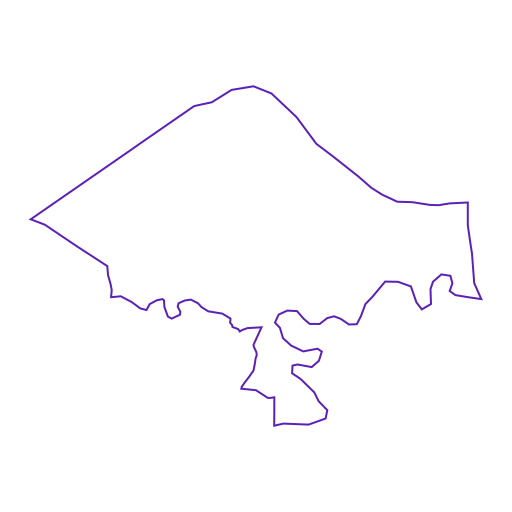 outline of Uvwie, Delta, Nigeria
{"feature_id": "59680162B58427071840888", "entity_name": "Uvwie", "entity_type": "district", "adm_level": 2, "iso_a3": "NGA", "parent_name": "Nigeria", "parent_adm1": "Delta", "projection": "mercator", "projection_center": [5.787, 5.57], "detail": "fine", "context": "isolated", "style": "outline", "palette": "violet", "viewbox_px": 512, "rotation_deg": 0, "n_neighbors": 0, "source": "geoboundaries", "source_scale": "gbopen_adm2", "svg_char_len": 1669}
<svg xmlns="http://www.w3.org/2000/svg" viewBox="0 0 512 512"><path d="M274.2,425.7L283.4,423.6L308.6,424.6L325.6,418.5L327.3,410.2L318.7,401.3L314.3,392.4L300.5,378.9L292.1,373.3L292.5,365.6L297.6,364.5L311.7,367.1L318.9,360.8L321.8,351.6L317.5,348.7L303.3,351.4L291.2,345.6L283.0,338.2L279.9,327.8L275.0,322.6L278.6,314.6L287.3,310.6L297.0,311.1L303.8,318.9L309.7,323.9L319.6,324.0L327.2,318.1L334.1,316.3L340.8,318.9L349.0,324.5L356.8,324.2L361.0,316.0L365.4,304.1L372.6,296.6L385.1,281.6L398.0,281.8L410.9,286.4L416.4,302.3L421.8,309.4L431.0,304.0L430.5,289.2L433.0,281.7L441.4,274.4L450.4,275.8L452.4,283.3L449.7,291.0L455.3,295.1L467.5,297.1L481.3,299.1L474.2,283.1L472.0,253.6L470.3,242.6L467.8,225.3L467.8,202.5L449.6,203.4L438.6,205.2L429.9,204.9L412.5,202.2L397.2,201.7L384.2,195.6L382.2,194.7L371.3,187.8L358.5,176.6L332.7,156.2L316.4,143.9L296.5,117.1L271.5,93.5L253.5,86.3L231.6,89.9L211.7,102.3L201.8,104.4L194.1,106.1L146.4,139.1L127.9,152.0L30.7,219.3L44.8,224.7L76.7,246.2L107.3,266.1L108.0,275.0L110.5,283.8L111.7,290.0L111.1,297.2L120.8,296.3L131.8,302.1L140.2,308.4L146.5,310.0L149.7,304.1L156.7,300.3L162.4,299.1L164.0,300.3L164.4,307.0L167.9,316.6L171.7,318.6L180.0,314.7L180.3,311.7L177.7,306.8L178.6,303.2L184.8,300.5L190.8,299.6L197.9,303.2L201.4,307.0L208.2,311.3L222.3,313.6L230.5,318.6L230.1,322.7L232.1,325.1L232.5,327.0L238.2,329.1L239.8,331.5L242.1,330.0L247.5,328.1L261.5,327.3L253.6,344.6L253.7,346.5L256.4,352.2L256.7,355.4L255.6,358.4L254.7,364.5L253.5,370.5L248.9,377.1L244.8,382.4L241.8,386.7L241.3,388.7L256.0,390.2L267.6,397.8L269.8,398.0L274.3,397.3L274.3,409.0L274.2,425.7Z" fill="none" stroke="#5b21b6" stroke-width="2"/></svg>